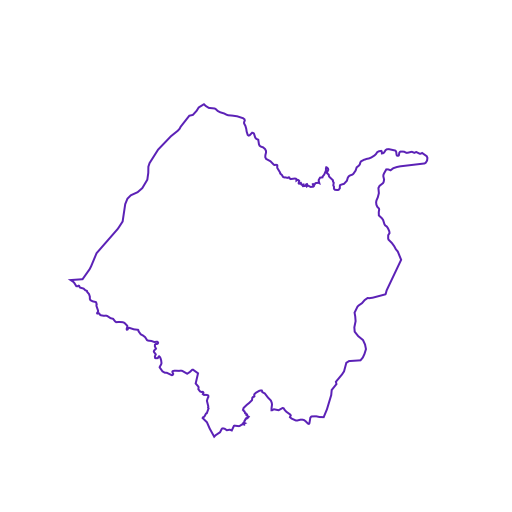 Lamarm, Xékong, Laos, rotated 212°
{"feature_id": "54806243B71027577228634", "entity_name": "Lamarm", "entity_type": "district", "adm_level": 2, "iso_a3": "LAO", "parent_name": "Laos", "parent_adm1": "Xékong", "projection": "orthographic", "projection_center": [106.782, 15.39], "detail": "fine", "context": "isolated", "style": "outline", "palette": "violet", "viewbox_px": 512, "rotation_deg": 212, "n_neighbors": 0, "source": "geoboundaries", "source_scale": "gbopen_adm2", "svg_char_len": 6148}
<svg xmlns="http://www.w3.org/2000/svg" viewBox="0 0 512 512"><g transform="rotate(212 256 256)"><path d="M400.4,137.4L397.5,137.3L395.9,136.9L392.4,135.2L391.5,135.6L390.6,136.9L390.1,136.9L389.0,136.1L388.4,136.0L384.9,137.0L382.6,136.5L380.9,136.8L380.2,136.1L377.4,135.2L375.4,133.5L374.1,131.5L372.9,130.8L370.5,131.0L367.6,132.0L367.1,132.0L365.5,130.6L365.4,129.9L364.6,128.9L360.9,125.9L360.5,125.2L360.5,123.3L360.1,123.1L358.5,124.2L357.2,123.5L356.2,123.5L353.3,124.7L351.5,126.0L350.2,126.3L346.4,126.2L343.9,127.0L340.9,125.9L339.5,125.8L337.2,127.5L334.2,129.1L332.9,129.5L331.8,129.5L328.2,128.6L327.7,128.0L327.0,125.5L326.5,125.1L326.0,125.5L326.0,127.3L325.5,127.9L320.7,129.1L316.9,130.9L316.4,130.7L315.7,129.9L312.2,128.5L309.6,128.7L307.0,128.4L303.8,126.9L302.6,127.1L299.7,128.5L296.6,129.2L294.5,130.9L293.6,130.9L293.0,130.5L292.9,129.8L293.2,129.1L294.5,128.1L294.7,127.2L293.8,125.7L291.7,124.4L292.3,121.9L292.0,120.8L291.6,120.5L288.9,119.5L288.5,117.2L287.6,116.1L286.8,116.2L285.2,117.3L285.2,119.3L285.0,119.6L284.0,119.4L282.8,118.7L281.2,117.3L279.4,115.1L279.0,113.8L278.9,111.1L278.7,110.5L274.2,108.6L271.6,108.7L269.7,109.7L264.3,110.3L263.7,110.8L263.7,112.1L265.3,113.2L265.7,113.8L265.5,114.4L264.1,115.7L260.4,117.8L258.9,119.0L257.6,119.5L252.0,119.7L250.7,122.4L249.8,125.7L249.2,126.2L243.0,125.8L239.6,115.9L235.7,114.7L235.1,114.2L234.3,112.5L231.7,111.5L230.1,111.8L229.2,112.6L228.6,112.5L228.0,112.1L227.9,110.7L226.5,110.6L224.7,111.8L223.1,112.4L222.5,112.3L221.7,111.3L221.6,109.7L220.9,107.2L216.8,103.2L216.3,102.0L215.5,101.7L214.4,96.6L214.9,95.9L214.7,92.8L215.0,91.6L215.5,91.0L215.4,90.3L209.5,89.0L203.8,85.1L195.7,80.6L195.3,82.6L193.1,87.5L193.4,91.1L193.2,91.9L192.5,92.4L191.0,92.9L188.4,92.8L186.2,94.8L184.1,95.2L184.7,100.2L184.4,100.7L180.4,102.6L179.8,103.2L178.5,105.9L177.9,106.2L177.7,106.6L176.8,106.8L177.2,107.4L176.7,108.3L178.2,108.0L178.0,109.3L178.4,110.2L178.2,110.9L178.5,111.7L178.4,112.3L177.9,112.9L178.2,113.5L177.3,114.0L177.0,115.8L178.8,115.8L179.3,116.5L179.8,116.2L180.1,116.9L181.2,116.8L181.5,117.2L182.1,117.0L183.3,118.1L184.3,118.1L184.9,118.6L185.5,118.6L186.0,120.6L184.9,125.0L183.9,127.8L183.0,131.6L184.0,133.9L183.9,134.7L183.2,135.4L183.0,136.2L183.9,137.1L184.1,138.1L183.6,140.0L181.8,143.4L180.5,144.7L179.7,145.0L178.5,143.9L175.7,144.1L170.9,142.3L166.8,141.3L164.9,139.9L163.7,138.5L162.2,135.2L161.1,133.4L160.6,133.7L159.6,135.5L155.1,137.2L152.9,141.2L151.9,141.5L150.0,140.6L147.7,140.0L143.1,139.7L142.1,139.3L141.8,137.3L139.7,137.0L135.1,137.6L133.9,138.3L131.4,140.9L129.9,141.8L128.4,142.3L126.6,142.2L123.1,141.4L122.2,141.6L122.1,142.5L124.2,147.6L124.1,148.9L123.6,149.6L119.9,152.0L116.8,153.1L113.2,155.2L114.6,163.6L118.5,177.9L120.8,182.5L119.9,190.0L121.6,191.7L120.3,201.1L120.2,204.8L122.8,213.3L121.4,216.2L112.1,222.9L111.6,226.5L112.1,230.4L113.4,235.3L116.6,238.7L120.7,241.4L126.9,242.2L132.2,244.1L134.8,247.6L137.0,253.5L139.8,257.3L142.4,260.2L143.1,266.9L142.7,268.5L141.1,272.2L140.5,276.2L139.1,279.5L137.5,280.3L134.9,282.5L126.0,292.0L125.9,292.5L127.0,296.1L130.9,329.7L138.1,334.9L140.9,335.8L144.1,337.6L147.6,339.0L152.3,340.1L153.2,340.9L154.9,343.7L154.9,346.2L156.1,347.6L158.7,349.4L160.7,350.3L162.7,350.4L163.9,351.0L167.3,353.9L169.2,354.7L173.3,355.5L175.1,358.2L176.2,360.7L176.9,361.4L179.2,362.0L181.1,363.3L182.6,365.2L183.3,367.0L183.8,370.3L185.1,374.4L188.2,378.5L188.4,381.0L186.9,385.1L187.0,386.5L187.9,388.7L190.2,391.0L190.9,392.2L191.2,393.9L191.4,398.5L189.7,399.5L187.3,400.0L186.1,403.2L183.7,406.1L181.3,408.4L162.1,423.8L161.5,425.0L161.5,427.6L162.6,430.0L164.1,431.1L169.7,431.4L170.6,430.0L171.3,429.5L175.2,429.1L176.4,427.4L178.8,427.0L179.6,426.5L181.9,424.1L183.1,423.2L185.8,422.9L188.7,421.2L189.1,420.6L189.2,419.6L188.2,417.0L188.5,416.4L189.3,415.9L189.8,415.9L190.4,416.3L192.2,418.5L193.1,419.1L193.9,419.2L200.0,417.0L201.6,415.8L202.2,414.5L202.2,411.7L202.7,410.5L203.6,409.7L204.9,411.4L205.5,411.5L207.3,409.9L208.2,408.3L208.3,405.9L208.8,404.0L210.4,400.7L211.8,398.7L213.9,396.7L214.4,395.9L215.3,395.0L217.1,391.9L217.1,390.7L216.5,388.6L216.7,387.0L217.6,384.5L216.8,381.2L217.0,377.2L217.4,376.1L218.9,374.2L219.6,372.7L219.6,370.9L218.8,368.0L219.6,363.9L219.8,363.5L220.6,362.8L222.2,360.8L222.1,360.0L220.8,357.8L221.0,355.9L221.9,355.1L224.1,354.0L225.2,354.2L225.8,354.7L226.5,356.0L227.9,356.9L228.9,359.3L230.2,360.0L230.9,361.0L235.7,362.0L236.6,362.5L237.4,363.5L239.7,363.9L240.0,364.2L240.4,367.4L241.3,368.3L242.7,368.6L243.4,368.5L243.2,367.5L242.0,365.6L241.3,361.2L241.6,358.7L241.3,357.9L243.2,356.4L243.1,353.7L242.5,352.8L240.9,351.3L241.8,351.2L243.8,349.7L244.2,349.1L244.2,347.1L245.7,347.3L245.9,347.0L245.7,346.8L244.0,345.7L244.2,345.1L246.3,343.5L249.3,343.3L249.8,341.9L250.3,342.3L250.3,343.5L250.9,344.0L251.3,343.6L251.5,341.4L253.2,340.1L253.5,340.3L253.4,341.6L253.6,341.8L254.3,340.9L255.2,340.6L255.8,340.8L256.1,341.5L256.8,341.8L257.3,340.5L257.9,340.1L258.4,340.3L259.3,342.7L260.6,342.8L261.2,342.6L261.7,341.4L262.4,342.5L263.0,342.7L264.1,342.3L267.4,339.6L268.6,339.6L269.3,340.2L269.8,340.2L270.6,339.0L273.0,338.1L273.6,337.6L275.0,337.4L276.9,338.4L279.2,338.8L279.7,339.5L284.5,341.9L285.3,342.8L285.6,343.7L286.2,344.3L287.3,344.0L288.6,342.9L289.4,342.9L293.9,344.0L298.9,343.7L300.5,344.7L301.5,346.5L302.3,349.0L303.2,350.4L305.0,351.5L307.6,351.9L309.6,351.4L311.3,351.4L312.7,352.3L315.7,355.8L317.8,355.5L319.4,356.0L322.7,358.8L323.7,358.8L324.6,358.5L325.4,354.9L326.1,354.2L327.2,354.3L329.8,356.5L331.7,358.7L333.9,360.7L336.3,362.1L337.0,363.1L337.3,364.9L338.2,365.8L340.0,366.0L346.0,364.5L350.5,362.5L354.2,360.6L355.9,360.2L358.5,360.0L362.6,358.9L365.3,358.7L368.3,359.3L369.4,359.1L374.5,356.6L378.1,356.6L380.6,357.1L383.3,351.6L383.3,347.7L384.3,342.2L386.9,339.6L388.4,325.7L388.2,323.5L388.7,320.8L391.6,312.5L395.4,294.3L395.5,278.4L394.6,274.7L391.4,269.4L388.6,263.1L388.4,253.3L390.2,247.4L394.3,241.2L395.4,236.5L394.4,230.7L387.4,214.6L387.5,208.0L387.6,205.7L392.7,173.9L390.4,160.0L390.1,156.7L390.8,144.4L400.4,137.4Z" fill="none" stroke="#5b21b6" stroke-width="2"/></g></svg>